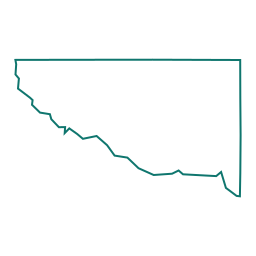 the district of Sherburne, Minnesota, United States of America
{"feature_id": "52423323B66083863480284", "entity_name": "Sherburne", "entity_type": "district", "adm_level": 2, "iso_a3": "USA", "parent_name": "United States of America", "parent_adm1": "Minnesota", "projection": "robinson", "projection_center": [-93.859, 45.403], "detail": "fine", "context": "isolated", "style": "outline", "palette": "teal", "viewbox_px": 256, "rotation_deg": 0, "n_neighbors": 0, "source": "geoboundaries", "source_scale": "gbopen_adm2", "svg_char_len": 564}
<svg xmlns="http://www.w3.org/2000/svg" viewBox="0 0 256 256"><path d="M15.4,59.9L16.2,64.3L15.5,74.5L18.9,78.5L18.0,88.6L30.0,97.7L32.6,100.1L32.0,104.8L40.0,112.6L49.9,114.2L51.3,119.2L58.9,127.2L65.1,127.1L64.7,133.1L69.3,128.4L77.2,134.0L82.9,138.8L96.6,136.0L107.1,145.2L114.6,155.6L127.4,157.6L138.5,168.2L153.7,175.0L172.1,173.7L178.6,170.5L183.0,174.3L216.2,176.1L221.1,172.0L225.9,187.9L236.6,195.9L239.9,196.3L240.3,173.0L240.6,135.4L240.5,122.7L240.3,97.9L240.2,60.0L152.6,59.7L65.5,59.8L15.4,59.9Z" fill="none" stroke="#0f766e" stroke-width="2"/></svg>